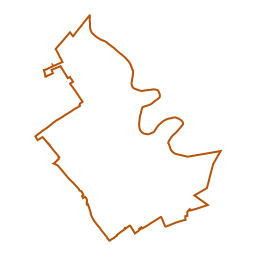 the district of Manoleasa, Botosani, Romania
{"feature_id": "2599482B28804438826094", "entity_name": "Manoleasa", "entity_type": "district", "adm_level": 2, "iso_a3": "ROU", "parent_name": "Romania", "parent_adm1": "Botosani", "projection": "albers", "projection_center": [27.057, 48.009], "detail": "fine", "context": "isolated", "style": "outline", "palette": "amber", "viewbox_px": 256, "rotation_deg": 0, "n_neighbors": 0, "source": "geoboundaries", "source_scale": "gbopen_adm2", "svg_char_len": 5596}
<svg xmlns="http://www.w3.org/2000/svg" viewBox="0 0 256 256"><path d="M125.5,228.6L128.9,226.1L129.7,225.7L129.9,225.6L130.1,225.6L130.3,225.8L130.6,226.2L134.9,233.4L138.1,231.1L140.0,229.5L139.7,229.3L139.2,228.9L141.3,227.2L142.3,228.5L148.7,224.7L150.5,223.4L153.6,221.5L154.6,220.9L155.8,220.1L157.7,218.9L160.5,217.1L160.9,217.0L161.2,217.1L162.4,219.5L163.4,222.1L164.6,225.1L164.9,225.9L165.1,226.2L165.5,226.5L165.8,226.6L166.1,226.6L168.2,225.7L169.3,225.3L172.3,224.0L173.7,223.5L174.6,223.1L176.1,222.5L182.1,220.7L184.0,220.2L185.4,220.0L185.3,216.2L187.4,215.9L187.2,212.2L187.7,211.6L189.0,209.8L189.8,209.2L190.2,210.5L195.8,209.0L207.8,205.0L194.4,195.4L206.9,188.1L208.5,182.1L208.6,181.6L208.8,181.2L209.9,176.4L213.2,164.0L220.6,151.1L208.4,153.2L187.6,156.7L175.3,153.8L174.4,153.2L173.6,152.7L172.1,151.4L171.5,150.6L171.2,150.2L170.5,149.0L170.2,148.1L169.9,147.2L169.6,146.1L168.9,144.1L168.4,143.3L168.2,143.0L168.4,142.1L168.7,141.3L169.2,140.6L169.8,139.5L171.8,136.6L172.3,135.9L174.5,133.9L175.2,133.3L175.8,132.8L176.9,131.6L178.0,130.4L180.4,127.6L180.8,126.9L181.6,126.0L182.7,124.7L182.9,124.3L183.0,124.0L183.0,123.6L183.0,122.7L182.7,122.0L182.2,121.4L181.4,120.5L179.8,119.3L178.3,118.5L176.5,117.8L176.1,117.7L175.7,117.5L175.2,117.4L172.7,117.7L171.9,117.9L170.7,118.4L170.3,118.4L169.4,118.4L169.0,118.5L167.4,119.1L166.6,119.3L165.1,120.1L164.4,120.5L163.7,120.9L161.9,122.1L161.0,123.0L160.7,123.3L158.4,125.3L158.2,125.6L157.9,126.0L157.1,127.0L156.6,127.7L156.2,128.5L155.2,129.8L155.0,130.2L154.6,130.9L153.8,131.9L152.7,132.5L150.6,133.4L149.1,134.1L147.8,134.3L144.4,133.7L143.2,133.2L142.4,132.7L141.8,132.2L140.9,131.2L140.2,130.1L139.6,128.4L139.3,127.6L139.3,126.7L139.1,124.4L139.2,122.7L139.7,119.2L139.6,118.4L139.8,117.4L140.0,116.6L140.3,114.9L140.9,113.2L141.1,112.3L141.4,110.6L141.6,110.3L141.7,109.7L141.8,109.4L141.9,108.5L142.1,108.2L142.5,107.3L142.9,107.1L143.7,106.7L145.5,106.1L148.2,105.3L150.0,104.6L150.8,104.2L152.3,103.2L154.1,101.6L155.9,100.2L156.7,99.8L157.5,99.2L158.9,98.0L159.6,97.3L159.8,96.8L159.8,96.4L159.8,94.5L159.5,93.6L158.4,91.0L158.0,90.7L157.3,90.1L156.9,89.9L156.0,89.6L155.1,89.5L153.2,89.4L152.3,89.5L150.4,89.8L148.1,90.1L146.7,90.2L143.9,90.6L142.9,90.8L142.1,90.9L141.5,90.9L140.3,90.7L139.5,90.5L138.1,90.0L134.4,88.6L133.7,88.2L133.4,87.9L132.6,87.1L131.7,84.9L131.5,83.3L132.1,79.4L132.3,78.2L132.6,77.3L132.6,76.4L133.0,74.1L133.1,72.6L133.1,71.7L133.0,70.7L132.9,70.3L132.3,69.6L131.9,68.2L131.1,65.9L130.6,64.6L129.6,63.0L129.2,62.1L128.9,61.8L128.3,61.0L127.0,59.7L126.4,58.9L124.3,56.8L123.6,56.2L121.7,54.6L120.2,53.5L119.5,52.9L117.3,51.0L115.1,49.0L113.9,47.9L111.4,46.2L110.7,45.5L108.9,44.2L108.3,43.7L106.4,42.1L104.8,41.2L100.8,39.6L97.1,37.4L95.8,36.4L93.1,34.0L91.9,32.8L91.5,32.1L90.9,30.9L90.5,29.7L90.2,28.4L90.0,26.3L90.0,23.2L89.7,20.7L89.8,16.0L89.8,15.6L89.7,15.4L87.4,18.1L86.9,18.7L85.3,20.7L82.6,24.0L82.2,24.5L81.9,25.1L79.6,27.9L78.3,29.5L73.0,36.3L71.8,34.7L71.3,34.1L70.0,32.3L63.9,39.5L59.0,45.1L55.6,49.1L56.6,50.6L57.3,52.0L58.8,54.9L59.1,55.4L59.5,56.4L59.8,57.1L60.3,57.9L61.1,59.4L62.5,62.1L61.0,62.7L57.6,64.1L56.3,64.8L53.5,65.9L53.3,65.9L53.0,65.7L52.8,65.3L52.7,65.2L52.8,65.9L52.5,66.5L52.3,66.6L52.1,66.7L51.5,66.8L49.9,67.6L48.5,68.3L46.6,69.3L45.3,69.8L45.2,69.8L45.0,69.7L44.9,69.7L43.9,70.0L44.5,72.4L45.0,74.1L45.2,75.3L45.5,76.4L45.5,76.7L46.4,76.5L46.6,76.4L46.8,76.3L47.0,75.9L47.7,75.5L48.2,75.3L49.3,75.0L52.9,73.3L52.7,72.9L52.5,72.1L52.2,71.6L52.0,70.9L51.8,70.5L51.6,69.8L54.9,68.5L60.5,66.2L61.6,68.0L63.1,70.4L64.7,73.1L65.8,74.7L67.8,78.2L70.0,77.0L70.5,78.1L70.8,78.4L71.9,79.9L73.0,81.9L70.1,83.6L70.6,84.6L72.5,87.0L74.7,90.0L78.1,95.0L78.4,95.5L79.4,96.9L79.6,97.2L79.7,97.6L80.4,98.5L82.6,101.8L80.1,103.5L79.6,104.6L79.5,104.9L79.6,105.2L80.0,105.9L77.6,107.4L76.3,108.1L75.5,108.5L74.2,109.3L68.4,113.1L63.4,116.2L62.7,116.8L61.4,117.5L60.7,117.9L60.4,118.2L56.6,120.3L53.1,122.8L48.6,126.6L45.5,128.9L44.8,129.3L44.1,129.7L43.5,130.1L42.7,130.6L41.9,131.4L41.4,131.8L37.8,134.4L37.3,135.0L36.0,135.8L35.4,136.4L37.7,140.1L42.1,137.3L42.6,137.1L46.9,142.0L47.2,142.3L47.2,142.5L47.6,143.2L47.9,143.0L49.7,145.1L49.5,145.3L53.6,150.3L55.0,152.1L55.6,152.6L55.9,153.0L59.3,157.3L58.4,158.1L58.5,158.4L58.7,159.0L58.6,159.3L57.6,160.1L57.0,160.3L56.9,160.4L56.4,161.2L56.1,161.5L53.9,163.4L53.7,163.5L57.4,165.2L57.6,165.3L57.9,165.6L68.2,177.9L69.1,178.9L70.8,180.5L71.4,181.1L72.0,181.7L73.0,182.6L74.2,184.0L74.5,184.3L76.5,186.5L77.1,187.0L77.3,187.4L78.4,188.5L78.7,188.8L78.9,189.3L79.1,189.8L79.2,190.2L79.3,190.4L79.9,190.7L80.5,190.8L81.2,191.2L81.5,191.8L81.8,191.9L82.3,192.8L83.4,194.8L82.6,195.4L82.0,196.0L83.0,198.1L84.9,196.8L85.3,197.3L85.8,197.8L86.2,198.3L87.1,200.0L86.8,201.5L87.1,202.3L87.0,202.5L86.8,202.8L86.7,202.9L86.9,204.5L87.1,204.8L87.9,204.4L89.2,207.8L89.3,208.1L89.3,208.4L89.4,208.7L89.6,209.1L89.8,209.6L90.5,211.9L90.5,212.2L90.6,212.8L90.8,213.9L91.4,215.8L91.8,216.7L92.5,218.0L93.2,219.5L93.7,220.3L94.6,221.5L95.5,222.7L96.0,223.4L97.3,225.0L97.7,225.4L98.5,226.4L99.5,227.5L100.0,228.3L101.0,229.7L101.7,230.7L104.1,233.6L104.9,234.7L106.8,237.0L107.1,237.4L107.2,237.5L107.3,237.8L107.3,238.3L107.4,238.5L108.2,239.0L108.5,239.5L108.7,239.8L108.9,240.3L109.4,240.6L109.7,240.6L111.1,239.6L112.0,239.1L112.4,238.7L113.3,238.3L113.7,238.2L114.0,238.0L114.5,237.6L114.4,237.4L114.6,237.2L115.3,236.8L117.0,235.6L117.0,234.9L120.9,231.9L124.8,229.3L124.8,229.2L124.7,229.1L124.5,228.8L124.5,228.6L124.6,228.2L124.9,227.8L125.0,227.8L125.5,228.6Z" fill="none" stroke="#b45309" stroke-width="2"/></svg>